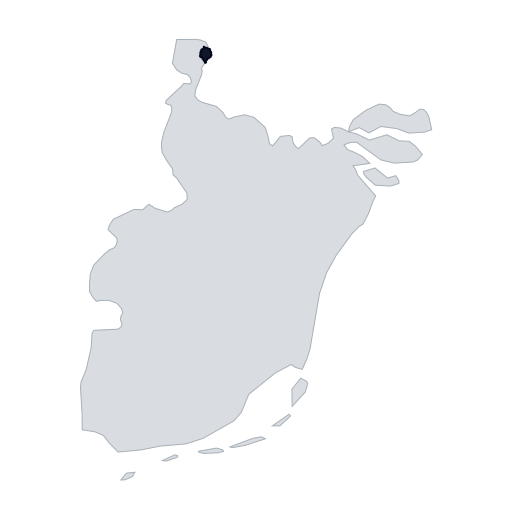 Maastricht, Limburg, Netherlands shown in context, rotated 178°
{"feature_id": "6326949B62006643577312", "entity_name": "Maastricht", "entity_type": "district", "adm_level": 2, "iso_a3": "NLD", "parent_name": "Netherlands", "parent_adm1": "Limburg", "projection": "albers", "projection_center": [5.703, 50.858], "detail": "fine", "context": "in_parent", "style": "filled", "palette": "ink", "viewbox_px": 512, "rotation_deg": 178, "n_neighbors": 0, "source": "geoboundaries", "source_scale": "gbopen_adm2", "svg_char_len": 5753}
<svg xmlns="http://www.w3.org/2000/svg" viewBox="0 0 512 512"><g transform="rotate(178 256 256)"><path d="M327.7,475.1L317.9,474.8L308.7,474.6L303.9,473.8L298.7,471.5L296.4,466.7L293.5,461.0L294.3,457.5L302.8,447.5L304.1,444.8L303.2,443.3L304.1,438.9L310.6,424.0L311.5,418.1L308.6,413.9L304.3,411.4L290.6,407.0L284.1,400.7L281.1,395.3L278.1,393.8L273.6,395.6L262.3,397.5L253.1,394.6L242.3,384.2L239.8,375.0L238.6,367.9L235.9,365.5L232.2,369.1L227.5,374.7L218.4,375.3L215.8,374.0L215.4,370.8L214.9,367.7L212.5,364.0L209.8,361.8L198.1,372.2L193.8,372.2L188.5,368.0L185.9,364.0L179.9,366.2L174.5,371.0L176.1,380.2L173.2,381.8L166.7,380.9L159.3,376.9L151.1,374.5L138.6,367.9L121.0,372.6L109.0,366.1L98.9,365.2L92.7,360.1L86.2,351.6L91.1,346.3L95.8,344.5L114.3,344.0L127.7,347.6L151.5,366.2L157.6,366.2L164.1,364.1L160.9,359.1L154.9,356.6L146.0,351.6L139.0,344.6L155.9,342.8L153.6,339.2L151.5,333.2L134.3,311.8L137.4,306.2L142.2,294.2L147.9,284.2L152.4,281.6L159.7,274.5L175.8,253.9L186.0,236.9L193.7,216.8L205.3,161.0L208.6,151.6L213.8,141.1L220.3,143.2L224.7,146.3L240.7,138.5L268.1,118.0L276.2,100.1L284.0,91.9L315.1,75.7L332.3,70.7L358.7,69.3L377.8,66.2L400.7,64.9L409.6,74.7L414.8,82.0L423.0,85.9L435.8,88.4L435.3,102.9L436.0,131.5L435.1,136.5L429.6,148.7L423.9,170.4L422.5,184.7L420.7,187.4L396.3,187.7L392.8,190.3L392.4,193.3L393.7,197.0L393.1,200.6L391.2,203.6L392.3,208.3L396.7,213.6L404.5,216.8L412.8,217.0L417.1,216.3L420.3,220.1L423.5,225.9L423.4,233.4L422.3,243.4L418.5,252.6L407.3,263.4L402.3,267.2L397.5,269.2L395.2,272.1L394.2,275.6L394.5,278.8L402.7,287.2L402.6,289.1L400.3,293.6L397.2,297.8L376.2,306.8L367.5,306.2L362.6,310.5L361.1,311.4L355.5,307.4L343.2,303.0L338.6,304.6L336.0,307.1L328.3,310.2L322.8,314.9L322.8,321.1L332.7,336.9L336.1,340.0L336.3,345.9L341.2,353.3L346.1,362.6L346.7,368.5L346.1,374.5L343.7,383.0L335.2,403.0L335.1,406.8L335.8,409.7L338.8,410.5L341.1,412.0L340.4,414.6L324.3,428.5L322.2,430.9L315.5,430.3L314.4,432.6L315.4,436.3L318.0,439.6L323.8,441.3L328.8,444.8L332.8,451.6L327.7,475.1ZM159.3,376.9L157.8,382.7L154.0,388.9L141.1,397.8L127.8,403.5L121.1,402.6L116.5,399.3L114.1,395.9L107.1,392.6L97.5,390.7L91.4,394.0L87.0,397.1L83.2,396.4L80.5,393.6L78.5,389.4L76.0,376.1L83.3,373.9L98.9,373.5L110.8,378.4L126.6,381.1L138.9,375.1L148.3,380.7L159.3,376.9ZM134.3,322.6L143.3,331.2L145.2,333.9L145.8,336.7L134.0,339.8L121.8,329.3L113.5,331.4L110.6,326.5L110.6,323.5L119.2,321.2L134.3,322.6ZM224.8,121.6L215.6,132.3L210.1,129.2L208.6,126.7L211.5,118.3L225.1,104.5L224.8,121.6ZM265.3,74.0L256.9,75.1L253.0,73.0L273.5,67.1L286.4,65.3L288.7,66.1L265.3,74.0ZM320.2,62.9L302.3,65.4L296.2,63.6L295.2,61.8L300.1,60.7L315.3,60.5L320.1,62.0L320.2,62.9ZM245.5,85.7L228.5,96.7L227.1,94.9L238.1,85.3L245.5,85.7ZM393.0,43.5L384.6,44.1L387.0,40.0L394.7,36.9L398.9,36.9L393.0,43.5ZM356.8,54.8L344.1,60.1L341.0,59.0L341.8,57.5L352.9,54.2L356.8,54.8Z" fill="#d9dde1" stroke="#a8b0b8" stroke-width="1"/><path d="M298.7,466.1L299.0,466.3L300.0,466.3L300.2,466.5L300.2,466.8L300.3,466.9L300.3,467.0L300.7,467.0L301.0,467.1L301.0,466.1L301.0,465.4L301.1,465.5L301.3,465.5L301.3,465.4L301.5,465.4L301.8,465.3L302.0,465.1L302.1,464.9L302.5,464.7L303.5,464.4L303.6,464.2L303.7,463.9L303.7,463.6L303.7,463.4L303.8,463.4L303.8,463.2L303.8,462.8L303.8,462.7L303.8,462.4L303.7,462.4L303.7,462.2L303.8,462.2L303.7,462.1L303.8,462.0L303.2,461.8L303.2,461.7L303.3,461.5L303.6,461.5L303.8,461.5L303.8,461.4L304.0,461.4L303.9,461.4L304.2,461.3L304.6,461.3L304.8,460.7L304.9,460.2L304.9,459.9L304.8,459.2L304.7,459.1L304.4,459.1L304.1,459.0L304.1,458.9L304.3,458.8L304.4,458.7L304.5,458.5L304.6,458.4L304.9,458.2L305.0,458.2L305.3,458.0L305.3,457.9L305.3,457.7L305.0,457.6L304.8,457.1L304.7,456.8L304.4,456.9L304.1,456.9L303.8,456.9L303.8,456.6L303.6,456.7L303.4,456.8L303.4,456.7L303.1,456.5L303.1,456.4L302.9,456.4L302.9,456.5L302.9,456.4L302.7,456.3L302.5,456.2L302.6,455.9L302.7,455.6L302.7,455.4L302.8,455.3L302.8,455.2L302.6,455.0L302.4,455.0L302.5,454.9L302.0,454.8L301.9,454.8L301.8,454.7L301.8,454.4L301.8,454.2L301.8,453.9L301.7,453.9L301.8,453.8L301.8,453.7L301.7,453.7L301.6,453.4L301.6,453.2L301.4,453.1L301.1,452.9L301.2,452.5L301.1,452.4L300.9,452.3L300.9,452.2L300.7,452.1L300.5,451.9L300.5,451.7L300.6,451.4L300.8,451.3L301.0,451.3L300.8,451.2L300.7,451.1L300.5,450.9L300.3,450.7L300.2,450.7L299.8,450.6L299.7,450.6L299.4,450.7L299.3,450.8L299.2,450.9L299.1,451.0L299.0,451.4L298.9,451.5L299.0,451.7L299.0,451.8L299.1,452.1L299.0,452.4L299.0,452.5L298.9,452.8L298.8,453.0L298.7,453.1L298.7,453.3L298.5,453.5L298.4,453.5L298.1,453.7L298.0,453.8L297.9,453.8L297.8,454.0L297.7,454.2L297.4,454.7L297.3,454.9L297.3,455.1L297.4,455.4L297.2,455.4L296.6,455.3L296.4,455.2L296.4,455.3L296.2,455.4L296.1,455.5L295.9,455.6L295.7,455.7L295.6,455.8L295.4,456.0L295.2,456.0L295.0,456.3L294.9,456.4L294.7,456.2L294.4,456.5L294.3,456.4L294.2,456.5L294.0,456.8L294.3,457.1L294.5,457.2L294.4,457.3L294.1,457.5L293.7,457.9L293.8,457.9L293.9,458.0L294.0,458.1L293.9,458.2L293.8,458.3L293.8,458.6L293.7,458.6L293.9,458.7L293.7,458.9L293.9,459.0L293.7,459.3L293.6,459.5L293.7,459.8L293.8,460.0L293.6,460.1L293.6,460.4L293.5,460.6L293.6,460.8L293.8,461.1L293.7,461.1L293.8,461.3L293.7,461.4L294.0,461.6L293.9,461.9L294.1,462.0L294.3,462.2L294.3,462.3L294.4,462.5L294.5,462.5L294.7,462.8L294.6,463.1L294.5,463.3L294.4,463.5L294.5,463.6L294.8,463.6L295.1,463.9L295.1,464.0L295.0,464.3L294.9,464.4L295.0,464.5L294.9,464.6L295.1,464.7L295.3,464.7L295.4,464.8L295.7,464.9L295.8,464.9L295.9,465.0L296.0,465.0L296.3,465.0L296.3,464.9L296.4,465.0L296.5,465.0L296.8,465.2L297.2,465.1L297.3,465.3L297.4,465.5L297.5,465.8L297.7,465.7L297.8,465.6L298.0,465.7L298.0,465.8L298.3,465.9L298.5,465.8L298.7,466.1Z" fill="#0f172a" stroke="#020617" stroke-width="1.5"/></g></svg>